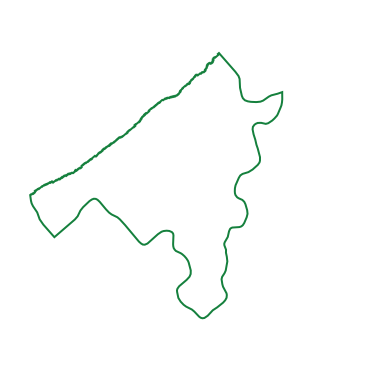 Santo Domingo Este, Santo Domingo, Dominican Republic (Albers equal-area conic projection), rotated 139°
{"feature_id": "3306468B99956465733744", "entity_name": "Santo Domingo Este", "entity_type": "district", "adm_level": 2, "iso_a3": "DOM", "parent_name": "Dominican Republic", "parent_adm1": "Santo Domingo", "projection": "albers", "projection_center": [-69.79, 18.526], "detail": "fine", "context": "isolated", "style": "outline", "palette": "green", "viewbox_px": 384, "rotation_deg": 139, "n_neighbors": 0, "source": "geoboundaries", "source_scale": "gbopen_adm2", "svg_char_len": 6089}
<svg xmlns="http://www.w3.org/2000/svg" viewBox="0 0 384 384"><g transform="rotate(139 192 192)"><path d="M81.9,279.2L81.9,278.2L86.1,278.2L86.1,278.6L87.2,278.6L87.2,279.0L87.6,279.0L87.6,278.6L89.1,278.6L89.1,277.8L89.5,277.8L89.5,277.4L90.3,277.4L90.3,277.0L91.1,277.0L91.1,276.6L91.8,276.6L91.8,276.2L92.6,276.2L92.6,276.6L93.7,276.6L93.7,277.4L94.1,277.4L94.1,277.8L95.2,277.8L95.2,278.2L96.4,278.2L96.4,277.8L97.2,277.8L97.2,277.4L97.9,277.4L97.9,277.0L98.7,277.0L99.1,276.2L100.2,276.2L100.2,275.8L101.7,275.8L101.7,275.4L102.1,275.4L102.1,275.0L102.9,275.0L102.9,274.6L104.0,274.6L104.0,275.0L105.2,275.0L105.6,275.8L107.1,275.8L107.1,275.4L107.8,275.4L108.2,276.2L110.9,276.2L110.9,276.6L111.3,276.6L111.3,277.0L112.0,277.4L112.0,277.8L113.2,277.8L113.6,277.0L113.9,277.0L113.9,277.4L114.7,277.4L114.7,277.0L117.4,277.0L117.4,276.6L118.2,276.6L118.2,277.0L118.9,277.0L118.9,276.6L121.2,276.6L121.2,276.2L122.3,276.2L122.3,275.8L122.7,275.8L122.7,275.4L123.1,275.4L123.1,275.8L123.9,275.8L124.3,276.6L124.6,276.6L124.6,276.2L127.3,276.2L127.3,276.6L131.1,276.6L131.1,276.2L134.2,276.2L134.2,275.8L134.9,275.8L134.9,275.4L135.7,275.4L135.7,275.0L138.0,275.0L138.0,274.6L139.5,274.6L139.5,275.0L141.4,275.0L141.4,275.4L142.2,275.4L142.2,275.8L143.0,275.8L143.0,276.2L143.7,276.2L143.7,276.6L144.5,276.6L144.5,277.0L145.3,277.0L145.3,277.4L146.0,277.4L146.0,277.8L147.2,277.8L147.2,278.2L147.9,278.2L148.3,279.0L149.4,279.0L149.4,279.4L150.2,279.4L150.2,279.8L151.4,279.8L151.4,280.2L153.6,280.2L154.0,281.0L157.5,281.0L157.5,280.6L158.2,280.6L158.6,281.4L160.1,281.4L160.1,281.0L162.4,281.0L162.4,281.4L164.0,281.4L164.0,281.0L165.1,281.0L165.1,281.4L167.8,281.4L167.8,281.8L170.8,281.8L170.8,281.4L171.6,281.4L171.6,281.0L174.6,281.0L174.6,281.4L175.4,281.4L175.4,281.8L177.3,281.8L177.3,281.0L179.6,281.0L179.6,281.4L180.0,281.4L180.0,281.0L181.9,281.0L181.9,280.6L182.7,280.6L182.7,280.2L184.2,280.2L184.2,279.8L185.3,279.8L185.3,279.4L186.1,279.4L186.1,279.8L190.3,279.8L190.3,280.2L191.4,280.2L191.4,279.4L191.8,279.4L191.8,279.0L193.3,279.0L193.3,279.4L198.7,279.4L198.7,279.8L201.0,279.8L201.0,279.4L202.1,279.4L202.1,279.0L202.9,279.0L202.9,279.4L208.2,279.4L208.2,279.8L209.8,279.8L209.8,280.2L210.5,280.2L210.9,281.0L211.7,281.0L211.7,280.6L213.2,280.6L213.2,281.0L214.7,281.0L214.7,280.6L217.4,280.6L217.4,281.0L218.1,281.0L218.1,280.6L218.5,280.6L218.5,281.0L220.8,281.0L220.8,281.4L221.6,281.4L221.6,281.8L222.4,281.8L222.4,281.4L223.1,281.4L223.1,281.0L223.9,281.0L223.9,281.4L224.6,281.4L224.6,281.8L227.3,281.8L227.3,282.2L228.5,282.2L228.5,281.8L229.6,281.8L229.6,282.2L230.4,282.2L230.4,282.6L231.9,282.6L232.3,281.8L233.0,281.8L233.0,282.2L233.8,282.2L233.8,281.8L235.3,281.8L235.7,282.6L237.2,282.6L237.2,282.2L239.9,282.2L239.9,281.8L241.1,281.8L241.1,282.2L241.8,282.6L241.8,283.0L246.0,283.0L246.0,282.6L246.4,282.6L246.4,283.0L247.2,283.0L247.2,283.4L247.9,283.4L247.9,283.0L249.1,283.0L249.1,283.4L249.8,283.4L249.8,283.0L250.6,283.0L250.6,283.4L252.9,283.4L252.9,283.8L254.4,283.8L254.4,284.2L254.8,284.2L254.8,283.8L256.3,283.8L256.3,284.2L258.2,284.2L258.6,283.4L259.4,283.4L259.4,283.0L260.1,283.0L260.1,283.4L260.9,283.4L260.9,283.8L262.4,283.8L262.4,284.2L263.2,284.2L263.2,283.8L265.1,283.8L265.1,284.2L265.5,284.2L265.5,285.0L266.2,285.0L266.6,284.2L268.9,284.2L268.9,284.6L269.7,284.6L270.1,285.4L271.6,285.4L271.6,285.8L272.3,285.8L272.3,286.2L273.1,286.2L273.1,286.6L273.9,286.6L273.9,287.0L274.3,287.0L274.3,286.6L275.0,286.6L275.0,287.0L275.8,287.0L275.8,286.6L276.2,286.6L276.2,287.4L277.3,287.4L277.3,287.8L278.1,287.8L278.1,288.2L278.5,288.2L278.5,287.8L280.4,287.8L280.4,288.6L281.9,288.6L281.9,288.2L283.0,288.2L283.0,288.6L283.8,288.6L283.8,289.0L284.2,289.0L284.2,289.4L286.1,289.4L286.1,289.8L287.2,289.8L287.2,290.2L290.3,290.2L290.3,290.6L290.7,290.6L290.7,291.5L291.1,291.4L291.1,291.9L292.6,291.8L292.6,292.3L293.3,292.3L293.3,292.7L295.6,292.7L295.6,293.1L296.8,293.1L296.8,293.5L297.9,293.5L297.9,293.9L299.1,293.9L299.1,294.3L301.4,294.3L301.4,294.7L305.2,294.7L305.2,295.1L306.7,295.1L306.7,295.5L309.4,295.5L309.4,295.9L309.8,295.9L309.8,295.1L311.3,295.1L311.3,294.7L312.8,294.7L312.8,295.1L313.6,295.1L313.6,295.5L315.5,295.5L315.5,295.9L316.1,295.9L319.3,291.0L320.5,288.6L321.3,285.6L322.2,278.2L324.9,271.3L325.6,264.9L325.5,248.2L298.4,248.1L294.2,248.7L288.4,251.2L284.1,252.0L275.3,252.4L272.3,252.0L270.5,251.3L269.1,249.9L268.4,248.1L268.1,245.1L268.3,235.3L268.1,230.9L267.4,227.8L264.9,221.9L264.4,218.7L264.2,210.9L264.6,189.4L264.2,186.4L263.6,184.6L262.2,183.2L259.4,182.3L245.4,182.5L241.1,182.0L239.1,181.2L236.6,179.5L234.7,177.5L233.5,175.0L233.5,173.1L234.4,171.5L240.5,165.0L241.7,163.4L242.6,161.7L242.9,159.8L242.8,158.0L240.7,153.3L240.2,151.5L239.8,148.6L239.8,145.6L240.2,142.7L240.8,140.9L244.4,133.6L246.8,131.0L249.4,129.7L253.7,129.2L263.5,129.3L266.4,128.6L267.9,127.6L268.9,126.2L271.8,121.0L272.5,116.7L272.3,112.4L271.6,109.3L269.2,103.4L268.7,100.3L268.4,93.3L268.0,91.5L267.0,89.9L265.3,88.8L261.3,88.3L253.9,89.1L248.6,88.4L241.1,88.1L238.0,88.5L235.3,89.5L233.3,91.4L232.4,92.9L230.7,100.2L229.6,102.5L226.9,106.8L224.9,108.2L220.7,109.4L218.1,110.6L210.9,116.4L208.2,120.3L206.2,123.9L204.2,126.1L202.6,130.4L201.7,131.7L200.3,132.6L194.5,134.6L189.9,138.0L187.6,139.1L186.7,139.2L185.0,138.8L179.2,134.4L177.4,133.7L175.5,133.6L173.0,134.3L167.4,137.0L164.4,139.1L162.3,142.1L159.7,147.7L159.0,150.3L159.2,153.0L160.9,156.7L161.4,158.4L161.2,161.1L160.4,162.9L159.2,164.5L157.1,166.7L154.7,168.5L147.3,172.0L144.7,172.8L142.0,172.5L136.4,170.0L131.5,169.2L124.6,169.3L121.7,170.0L120.2,171.0L117.8,173.7L113.8,181.8L112.4,185.3L109.9,190.0L107.7,195.1L105.2,199.5L103.3,201.2L100.7,201.8L98.9,201.6L97.1,201.0L94.5,198.9L91.6,195.0L89.3,193.9L84.6,193.3L81.6,193.4L77.7,193.9L75.9,194.6L69.4,197.8L67.7,198.7L65.3,200.6L63.1,202.7L58.4,208.2L62.9,210.0L68.7,212.9L71.5,213.6L78.3,214.3L81.1,215.3L84.5,217.7L88.4,221.4L90.4,223.8L91.9,226.5L92.1,229.3L91.3,231.9L87.4,239.1L81.9,246.1L80.8,249.0L80.4,254.3L80.5,279.2L81.9,279.2Z" fill="none" stroke="#15803d" stroke-width="2"/></g></svg>